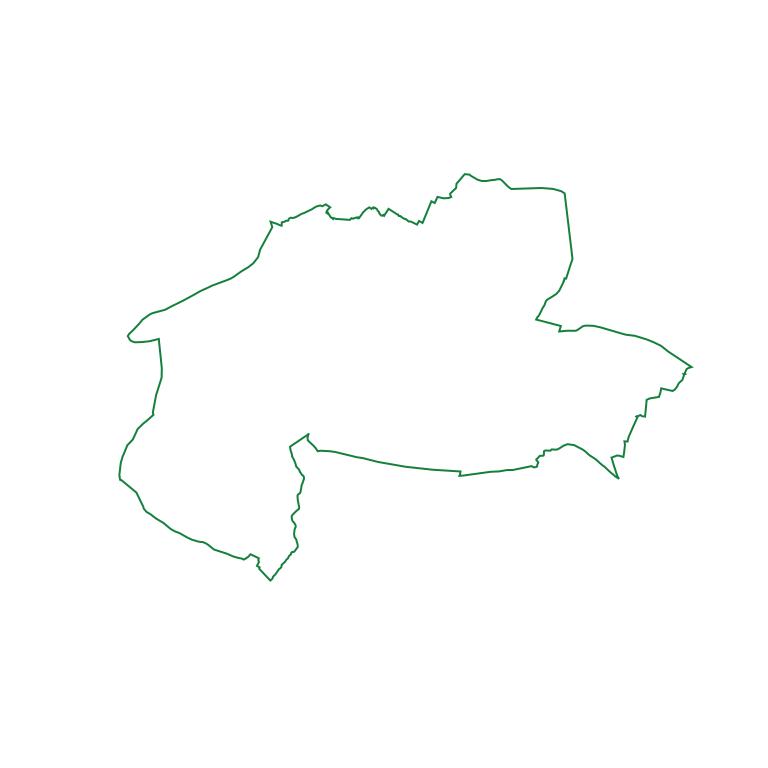 the district of Ohaba, Alba, Romania, rotated 241°
{"feature_id": "2599482B92968068732645", "entity_name": "Ohaba", "entity_type": "district", "adm_level": 2, "iso_a3": "ROU", "parent_name": "Romania", "parent_adm1": "Alba", "projection": "orthographic", "projection_center": [23.801, 46.088], "detail": "fine", "context": "isolated", "style": "outline", "palette": "green", "viewbox_px": 768, "rotation_deg": 241, "n_neighbors": 0, "source": "geoboundaries", "source_scale": "gbopen_adm2", "svg_char_len": 5362}
<svg xmlns="http://www.w3.org/2000/svg" viewBox="0 0 768 768"><g transform="rotate(241 384 384)"><path d="M463.1,634.4L466.7,632.5L472.7,626.4L479.1,616.7L492.9,589.8L496.8,588.1L504.4,586.0L506.7,584.9L507.4,584.1L508.4,581.5L508.9,579.6L510.1,577.1L511.9,572.0L514.0,568.2L514.8,567.3L517.3,564.9L524.0,560.9L525.6,560.4L528.4,556.3L524.0,544.5L520.5,542.1L518.4,534.1L516.9,533.6L515.0,533.5L515.3,530.7L517.6,526.0L521.7,521.5L517.7,516.1L520.8,514.0L507.4,497.3L506.2,495.8L509.6,493.7L507.4,490.2L507.8,489.9L513.1,486.2L514.1,484.4L517.7,483.0L518.9,481.6L521.6,480.2L523.0,479.7L523.7,478.5L525.2,478.5L525.2,478.2L535.0,472.9L531.2,465.9L532.9,466.0L532.2,465.6L531.7,464.9L532.3,463.7L532.9,463.1L535.8,462.6L536.9,463.0L538.5,462.5L540.3,462.6L542.8,461.4L542.6,460.2L543.7,460.0L543.2,457.9L545.6,456.8L545.4,453.1L544.2,448.8L541.1,442.4L541.7,441.4L542.5,441.8L543.2,439.9L543.6,437.0L544.8,436.0L544.1,433.7L551.7,422.0L553.8,420.1L553.1,419.4L556.0,418.2L560.7,418.0L560.2,417.4L561.7,416.6L562.8,417.6L563.5,418.8L564.2,420.9L564.6,422.6L569.3,420.2L569.4,416.2L570.8,415.1L571.4,413.7L572.1,410.4L571.8,405.5L572.3,397.1L572.8,394.0L572.7,391.4L572.7,388.7L573.0,386.1L573.5,384.5L574.7,383.0L574.6,380.2L574.6,380.3L573.4,379.8L573.3,379.4L574.3,377.3L574.1,376.0L574.9,373.0L572.1,371.2L573.8,369.5L575.5,368.4L580.9,363.5L577.5,362.8L575.3,362.3L566.3,348.2L561.5,340.7L556.0,335.4L553.0,328.3L552.0,322.3L551.7,314.3L551.2,309.6L550.6,304.6L550.5,301.4L551.0,297.0L551.9,291.1L553.4,281.3L553.6,277.1L554.3,268.6L554.2,263.4L554.2,257.2L554.3,248.9L555.0,234.1L555.0,228.8L558.2,215.8L558.4,213.1L557.6,206.3L557.4,204.2L555.3,198.7L553.1,191.9L552.4,189.4L551.3,185.2L551.0,184.7L550.1,183.1L548.2,183.2L546.1,183.1L544.4,183.6L543.0,184.7L541.1,186.6L538.5,191.7L538.0,192.8L536.5,196.3L535.3,199.0L533.9,203.9L532.6,208.9L529.2,207.4L519.5,203.3L505.5,197.3L497.4,192.6L491.4,186.3L487.4,182.1L485.1,179.6L476.1,172.1L471.1,168.0L468.8,167.4L467.0,159.3L466.6,157.3L466.2,154.6L464.5,148.3L464.1,146.8L457.2,137.4L454.9,129.9L448.9,122.4L447.5,120.5L442.6,115.5L434.3,109.6L433.2,108.7L429.6,107.2L427.8,106.8L427.3,107.7L409.1,114.8L393.5,114.0L391.7,113.5L391.2,113.5L387.2,114.3L383.2,116.7L377.2,119.2L369.5,123.7L360.7,127.1L357.4,129.1L355.7,130.3L352.7,132.9L345.9,137.0L341.1,140.4L336.2,145.2L335.0,146.7L333.4,149.1L330.7,151.1L328.7,152.2L321.7,155.0L312.1,164.0L306.2,168.6L302.5,172.3L300.2,175.1L299.3,175.6L298.5,176.1L298.4,177.4L298.4,178.8L298.5,178.8L298.7,181.7L299.8,184.7L292.3,190.0L290.9,188.7L289.0,188.4L286.5,184.7L284.0,186.3L282.8,185.3L267.2,189.3L267.7,191.6L268.4,192.7L269.3,193.6L270.2,196.9L273.0,202.4L273.1,203.9L273.5,205.1L273.9,205.7L275.5,206.9L276.5,211.4L277.3,212.7L277.8,213.9L278.0,215.2L278.9,216.6L279.8,217.9L280.1,220.0L281.3,221.0L281.6,222.3L280.8,223.8L281.3,225.3L283.3,229.6L284.9,230.4L286.8,231.0L288.5,231.2L289.5,231.7L291.3,231.8L293.7,231.6L296.6,232.7L300.4,235.5L301.7,237.4L303.0,238.1L306.0,238.2L307.2,237.9L308.5,237.6L310.5,237.9L313.2,239.2L314.2,241.3L315.6,246.5L315.9,248.9L317.0,249.9L320.2,251.0L324.0,252.2L325.5,252.9L327.5,253.8L328.6,254.5L329.1,255.4L329.3,257.9L332.4,260.6L335.3,262.8L336.9,264.8L339.9,268.1L341.7,268.9L343.0,268.9L343.4,268.6L344.7,268.1L345.9,268.1L347.6,267.9L350.5,268.2L354.3,267.2L355.3,267.5L358.5,268.2L361.9,268.5L363.8,268.5L365.6,268.6L366.2,269.1L367.4,269.4L371.4,270.2L373.1,270.7L374.7,271.5L375.0,274.0L375.5,280.3L376.1,286.3L376.5,291.8L377.1,294.4L376.5,293.6L376.0,292.8L374.0,291.0L371.8,290.1L369.9,290.5L367.0,291.5L364.1,292.5L360.7,293.2L357.4,293.4L356.3,296.3L351.4,304.1L348.0,308.6L335.2,322.5L333.4,324.4L329.6,329.4L318.7,341.0L301.2,362.7L285.7,384.6L270.4,408.5L267.8,406.4L267.1,405.5L265.4,409.2L255.6,434.5L251.8,442.2L248.9,450.4L246.4,454.8L242.3,467.9L240.6,473.3L238.9,474.3L238.0,475.5L237.6,477.1L237.7,478.0L239.2,479.0L240.4,480.8L241.0,481.0L243.4,480.4L244.3,480.7L244.7,482.9L245.5,484.7L245.5,485.7L244.1,488.4L244.1,489.0L244.9,489.7L247.6,491.3L247.7,492.5L247.1,493.9L245.1,496.9L245.0,497.4L245.5,498.4L245.4,499.2L244.0,501.2L242.9,503.2L242.7,504.2L242.7,507.2L243.0,511.2L242.3,515.5L238.3,520.7L230.7,525.8L227.8,527.2L222.2,529.1L215.7,532.6L210.1,534.5L207.1,535.6L205.2,536.6L196.8,539.3L193.2,540.8L191.2,541.4L187.1,543.6L190.3,543.4L198.0,544.9L203.0,545.9L209.3,547.3L208.4,553.3L207.0,555.2L204.1,558.0L207.7,560.8L214.0,565.3L217.3,566.5L215.6,569.1L219.0,572.2L225.7,581.0L231.8,589.3L233.2,588.8L233.3,589.6L232.8,590.3L232.5,593.3L230.8,594.0L228.9,596.5L238.3,603.0L242.8,606.0L242.5,609.6L239.4,618.2L242.7,621.8L245.8,624.3L237.9,633.1L238.1,633.6L238.1,635.6L239.6,639.1L240.8,640.7L241.9,642.6L242.9,646.9L246.1,650.5L247.4,650.7L247.1,651.0L246.7,652.5L247.8,652.5L250.3,655.8L250.4,658.1L249.7,661.2L274.6,648.3L283.1,644.8L283.8,644.3L290.2,639.8L295.8,635.2L304.5,626.8L309.9,619.4L312.8,616.4L328.6,600.8L333.5,595.2L337.3,588.7L337.9,586.9L338.1,585.5L337.5,580.1L337.5,578.0L338.2,576.3L341.4,570.8L342.1,569.3L345.0,562.7L349.0,566.8L366.6,548.3L367.9,550.2L368.9,552.9L370.5,555.2L371.6,556.9L373.5,559.5L375.1,562.5L377.9,565.7L378.5,567.0L378.7,569.1L378.8,573.1L379.2,578.3L380.6,582.4L385.3,589.3L387.4,591.6L387.2,591.7L388.2,592.7L388.9,593.2L387.9,594.4L396.5,603.5L402.0,609.5L463.1,634.4Z" fill="none" stroke="#15803d" stroke-width="2"/></g></svg>